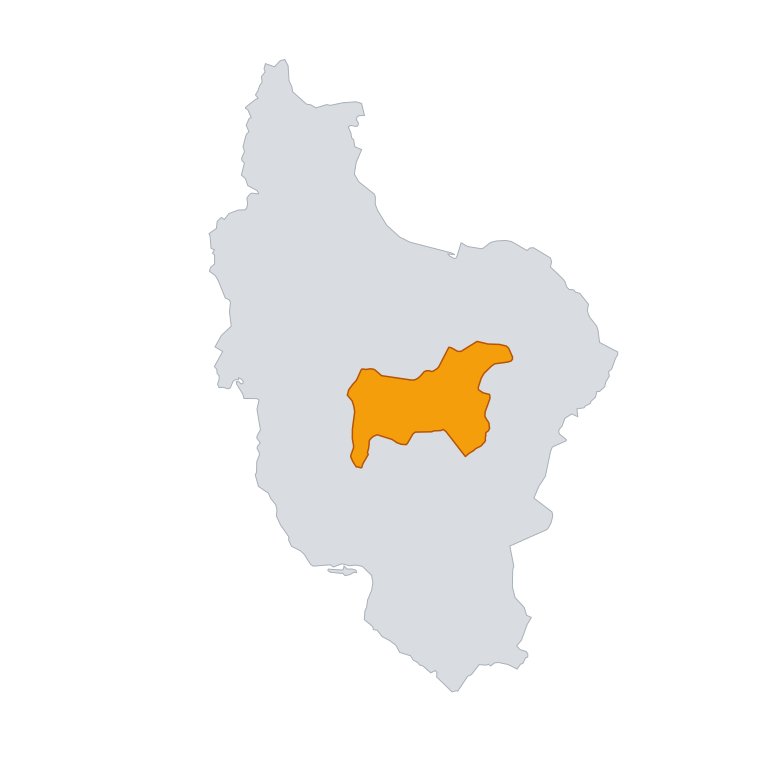 Yazd highlighted on a map of Iran, rotated 28°
{"feature_id": "IRN-3217", "entity_name": "Yazd", "entity_type": "Province", "adm_level": 1, "iso_a3": "IRN", "parent_name": "Iran", "parent_adm1": "", "projection": "natural_earth1", "projection_center": [55.694, 32.497], "detail": "fine", "context": "in_parent", "style": "filled", "palette": "amber", "viewbox_px": 768, "rotation_deg": 28, "n_neighbors": 0, "source": "natural_earth", "source_scale": "10m", "svg_char_len": 5309}
<svg xmlns="http://www.w3.org/2000/svg" viewBox="0 0 768 768"><g transform="rotate(28 384 384)"><path d="M385.8,223.1L393.1,223.4L406.4,218.9L407.6,217.9L411.7,208.9L416.3,204.8L424.3,200.0L429.5,198.4L447.6,199.0L449.0,195.4L452.0,193.5L471.7,194.6L474.7,197.4L475.9,202.5L492.4,207.2L495.7,208.7L499.8,212.6L503.1,213.6L507.3,211.8L510.0,213.0L514.3,212.0L527.1,217.6L528.9,223.4L531.2,226.0L534.1,228.4L544.3,232.9L547.3,235.5L554.8,246.1L575.3,246.0L576.6,248.3L576.4,252.8L578.0,263.7L576.5,267.7L579.2,271.3L578.9,278.1L580.1,282.8L577.8,289.4L575.5,290.7L576.9,296.6L574.9,302.2L575.2,304.4L572.0,309.1L571.9,311.0L566.0,315.4L570.4,321.9L563.9,322.3L559.8,329.3L561.0,337.5L560.0,341.8L560.7,344.2L562.4,345.8L571.2,347.5L571.5,348.6L562.2,360.6L562.7,365.3L569.8,389.7L568.8,401.9L569.9,414.4L592.4,418.1L595.0,421.3L596.7,428.3L596.7,433.5L596.1,436.1L571.2,468.0L584.2,484.0L584.8,487.5L592.7,503.0L600.1,511.1L612.6,515.4L618.5,521.3L623.7,521.0L623.3,528.9L625.6,545.5L624.1,553.0L628.5,554.6L635.3,553.5L637.8,554.9L639.1,557.7L637.5,559.2L637.8,565.7L636.1,567.1L635.4,573.2L625.3,573.4L615.9,576.1L612.5,578.4L610.6,582.8L607.5,582.4L606.5,584.1L599.8,587.1L597.6,599.6L595.1,602.7L593.3,620.6L591.8,620.9L588.6,623.9L568.1,618.0L566.0,613.7L563.8,613.0L560.9,617.1L550.6,614.7L547.1,615.4L545.0,614.1L539.5,614.1L535.1,611.5L523.9,613.6L517.1,609.1L509.8,607.9L500.9,607.9L493.6,604.6L489.8,605.9L488.0,603.5L477.2,601.3L473.7,593.3L473.5,589.3L470.9,582.3L470.0,572.2L467.5,564.8L462.9,558.8L450.5,555.2L444.0,557.1L439.2,560.5L431.3,562.5L425.2,569.3L421.6,568.8L407.1,578.0L404.0,577.8L393.2,571.7L388.3,570.5L378.5,570.7L373.1,566.6L371.7,563.6L358.9,557.1L351.0,551.1L348.7,545.6L345.2,541.5L337.6,538.2L333.2,534.7L321.3,533.4L313.0,524.7L312.9,521.8L308.1,512.2L307.3,505.2L306.2,503.3L302.1,500.4L301.5,498.6L302.4,494.1L297.0,491.4L296.3,489.2L296.4,482.4L283.7,466.0L281.2,456.9L278.8,456.5L267.2,462.5L263.9,459.1L253.9,453.3L252.5,451.2L255.1,450.1L257.6,451.1L259.1,449.9L258.6,447.9L256.0,446.7L252.6,446.8L253.5,448.6L250.2,450.4L249.5,452.7L250.1,459.4L248.8,461.4L243.4,462.5L240.0,464.6L237.1,462.2L236.2,457.2L234.4,454.1L231.6,452.9L229.6,449.7L226.0,448.1L226.3,431.0L217.4,430.6L217.6,417.5L222.0,404.6L213.7,392.9L210.1,384.0L207.9,382.3L203.5,382.6L189.1,370.5L184.0,367.4L177.0,366.5L176.2,362.3L178.1,357.6L174.9,351.5L173.9,349.7L171.1,349.0L171.3,345.1L167.6,345.4L160.8,334.8L158.9,333.3L163.0,325.3L160.4,318.8L162.2,313.3L165.8,313.6L167.1,306.2L173.8,298.7L179.5,295.5L180.1,293.2L179.1,289.1L175.6,284.1L176.3,279.8L177.5,277.6L183.5,275.3L183.8,274.4L181.0,272.8L170.7,272.8L165.2,267.7L160.0,266.5L157.2,255.3L156.3,254.0L153.8,253.6L152.3,251.5L151.7,244.1L148.2,240.8L145.5,229.9L145.4,227.2L146.4,224.8L140.8,220.1L140.3,212.8L141.6,211.1L135.1,205.8L132.2,205.6L131.9,204.7L136.8,193.4L138.7,190.8L134.8,189.1L135.0,183.5L134.1,178.8L134.6,174.4L132.1,171.2L131.5,169.3L132.6,164.4L130.1,162.0L128.9,156.8L138.4,155.3L140.5,147.4L144.0,144.1L149.8,147.9L157.8,160.8L162.7,164.5L166.3,168.9L184.2,173.3L188.1,171.9L194.2,172.2L202.2,164.2L205.8,163.2L215.2,155.3L226.7,148.0L232.5,146.8L240.7,156.1L235.8,158.9L234.9,161.2L235.4,163.5L239.2,165.9L239.6,168.5L238.3,169.8L233.2,171.2L231.8,173.8L237.1,178.1L239.6,181.7L242.5,182.6L247.0,188.3L254.2,187.5L255.4,201.2L259.2,212.5L266.8,217.3L286.6,221.0L288.7,223.2L291.9,229.4L296.9,233.8L312.2,242.7L329.0,246.9L340.3,246.6L381.9,236.6L385.8,236.6L379.5,239.1L381.9,240.2L387.2,240.2L388.4,239.2L388.6,237.5L385.8,223.1ZM445.9,564.3L443.4,568.3L439.6,571.5L436.7,570.6L425.1,575.4L422.1,575.1L421.7,573.6L434.4,567.9L435.0,566.4L434.2,563.5L438.3,564.7L442.8,562.3L446.6,561.6L448.4,563.3L445.9,564.3Z" fill="#d9dde1" stroke="#a8b0b8" stroke-width="1"/><path d="M377.9,377.8L406.2,367.7L409.0,366.1L410.5,364.2L411.6,362.2L412.4,359.8L413.7,354.3L415.1,352.5L417.7,351.0L419.8,350.8L421.3,349.7L423.6,345.6L424.3,343.3L424.0,321.2L424.5,320.9L426.9,320.4L433.7,320.6L436.7,319.0L446.2,302.7L457.0,299.9L467.5,294.8L474.2,293.1L477.1,293.8L484.8,299.8L485.8,301.9L485.4,304.0L482.9,306.6L472.4,314.1L470.6,317.4L467.3,327.7L467.1,333.2L468.8,342.7L470.1,344.7L475.4,345.3L482.1,343.7L483.3,345.2L484.4,347.3L486.4,361.1L488.2,365.2L490.5,366.6L491.1,367.1L492.8,367.9L495.1,369.3L497.3,372.8L498.0,373.3L498.1,375.9L497.9,376.9L497.2,378.1L496.8,379.3L497.0,380.0L497.4,380.7L498.2,381.7L498.2,382.6L499.0,384.5L500.1,386.3L500.1,388.1L499.5,389.9L499.2,391.6L498.8,393.1L495.3,398.0L494.3,400.9L491.6,405.4L490.2,409.1L489.8,409.8L461.1,396.9L457.6,396.3L457.1,397.2L455.8,398.6L450.3,401.8L448.4,403.9L434.2,411.8L433.0,414.4L432.6,424.7L432.2,427.0L427.7,429.1L422.6,429.8L420.4,429.4L417.0,429.2L401.9,432.0L399.5,434.8L398.3,437.3L397.7,439.6L397.7,441.3L399.2,444.3L400.8,448.6L401.4,451.9L402.3,453.0L403.2,453.7L402.8,464.3L403.1,466.2L403.5,467.5L403.5,468.4L402.6,469.0L399.9,469.4L399.6,469.6L398.4,470.2L393.0,467.2L388.8,463.9L388.1,462.0L387.1,454.8L386.0,452.6L381.7,447.1L377.3,438.7L371.1,422.1L367.7,417.7L363.7,413.8L356.9,411.1L355.7,406.2L355.7,404.0L356.0,403.2L356.5,399.2L357.7,394.6L357.9,392.5L357.2,382.4L357.4,381.3L358.5,380.6L360.4,380.0L362.2,379.0L363.4,378.0L365.0,376.9L367.6,375.9L369.5,375.8L377.9,377.8Z" fill="#f59e0b" stroke="#b45309" stroke-width="1.5"/></g></svg>